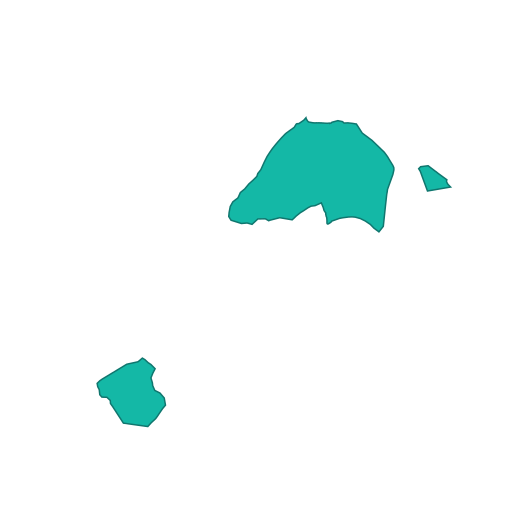 Eyal Surayh, Amran, Yemen, rotated 241°
{"feature_id": "15242507B30874403797275", "entity_name": "Eyal Surayh", "entity_type": "district", "adm_level": 2, "iso_a3": "YEM", "parent_name": "Yemen", "parent_adm1": "Amran", "projection": "robinson", "projection_center": [43.972, 15.733], "detail": "fine", "context": "isolated", "style": "filled", "palette": "teal", "viewbox_px": 512, "rotation_deg": 241, "n_neighbors": 0, "source": "geoboundaries", "source_scale": "gbopen_adm2", "svg_char_len": 2710}
<svg xmlns="http://www.w3.org/2000/svg" viewBox="0 0 512 512"><g transform="rotate(241 256 256)"><path d="M352.7,366.7L351.6,363.6L351.1,358.3L351.0,357.8L351.3,357.2L351.9,355.8L351.8,355.0L350.0,351.8L349.4,346.6L348.9,342.6L348.6,340.9L347.0,335.6L345.1,330.2L344.0,327.3L342.0,322.4L340.3,318.9L337.7,314.0L334.5,309.3L332.6,306.7L329.1,302.0L327.3,297.6L325.2,295.3L323.7,290.0L322.5,284.7L320.1,278.6L319.1,273.1L315.7,268.6L315.6,268.2L315.4,267.6L315.1,265.1L314.6,262.0L311.8,257.5L307.0,253.5L304.9,252.1L304.1,251.5L303.6,251.3L299.4,251.5L291.5,259.0L289.2,264.2L285.6,267.9L287.5,275.6L284.0,282.2L280.6,284.3L280.7,284.9L278.0,295.3L270.1,305.2L270.7,307.7L271.5,310.6L272.4,316.0L272.5,319.0L273.0,324.8L272.9,328.3L271.4,332.1L270.8,338.9L265.8,338.3L262.8,337.6L260.3,337.8L259.8,337.9L258.9,337.3L258.2,337.1L256.6,336.6L255.4,336.5L254.2,336.0L252.5,335.2L250.9,334.3L250.0,333.9L249.4,334.0L249.1,334.5L249.0,335.1L249.1,336.3L249.1,337.1L249.4,338.6L249.8,339.1L249.3,342.1L248.4,347.4L247.3,350.6L245.3,355.7L243.7,358.9L241.9,361.6L238.1,365.5L237.9,365.6L233.7,368.5L228.2,371.3L223.0,372.7L218.7,374.7L217.5,375.2L220.2,381.7L225.9,385.7L237.9,394.1L246.5,400.2L248.7,402.0L250.5,403.3L260.9,415.2L262.8,416.9L264.3,418.2L265.1,418.7L266.6,419.4L269.0,419.6L275.5,419.3L279.2,419.2L284.6,418.5L300.9,413.5L312.0,408.5L322.8,407.8L322.9,407.6L325.0,405.0L327.9,400.9L328.4,399.9L329.6,397.5L331.6,396.8L334.7,393.2L336.2,387.2L335.9,386.3L336.2,384.8L336.5,384.9L336.9,384.1L337.3,383.2L337.6,382.5L338.1,381.8L338.3,381.4L338.5,381.1L339.2,380.0L339.7,379.3L340.1,378.6L340.6,377.9L341.1,377.0L341.5,376.3L342.0,375.6L342.3,374.9L342.7,374.2L343.2,373.4L343.5,372.7L343.9,372.0L344.1,371.6L344.3,371.3L344.8,370.6L345.3,369.9L345.8,369.3L346.3,368.7L346.9,367.9L347.6,367.1L348.2,366.8L348.4,366.7L348.9,366.6L349.0,366.6L349.6,366.5L350.5,366.5L351.3,366.5L352.1,366.5L352.7,366.7ZM221.8,107.1L221.0,103.2L220.7,101.5L224.0,90.5L222.9,61.8L222.6,58.9L221.6,55.3L218.4,54.2L215.1,54.1L213.7,53.5L210.4,52.1L207.3,52.8L204.7,57.1L200.3,58.5L197.5,57.2L194.0,57.6L174.1,59.0L159.3,78.7L161.0,83.7L162.4,89.4L163.6,92.0L165.0,94.7L167.8,100.3L169.4,104.5L176.3,106.9L179.7,106.2L182.7,105.6L187.5,102.3L192.7,102.8L195.3,103.9L200.3,105.0L203.5,108.9L206.3,113.1L211.7,111.6L211.8,111.6L212.1,111.5L212.8,111.1L214.0,110.5L214.4,110.3L214.5,110.1L219.2,108.6L221.8,107.1ZM229.7,437.5L222.0,459.6L222.3,459.5L223.9,459.1L225.7,458.6L228.0,458.6L228.8,458.8L229.1,458.9L229.4,459.1L230.1,459.9L240.3,455.2L241.3,454.8L242.3,454.4L243.3,453.9L251.5,450.3L254.3,443.3L253.5,440.6L250.9,440.7L250.8,440.8L233.6,438.1L229.7,437.5Z" fill="#14b8a6" stroke="#0f766e" stroke-width="1.5"/></g></svg>